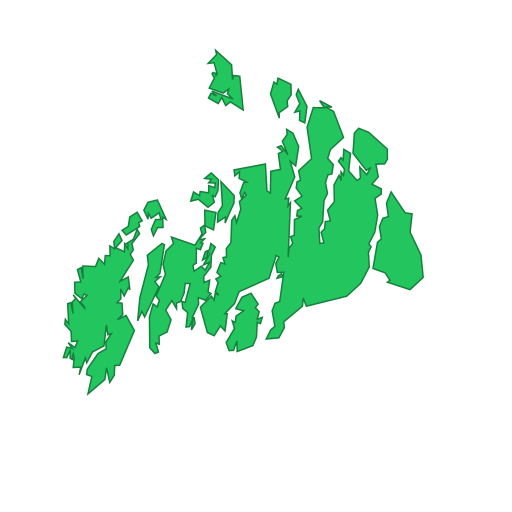 the district of Solund nor, Norway, rotated 18°
{"feature_id": "86288312B33021922891933", "entity_name": "Solund nor", "entity_type": "district", "adm_level": 2, "iso_a3": "NOR", "parent_name": "Norway", "parent_adm1": "", "projection": "mercator", "projection_center": [4.829, 61.105], "detail": "fine", "context": "isolated", "style": "filled", "palette": "green", "viewbox_px": 512, "rotation_deg": 18, "n_neighbors": 0, "source": "geoboundaries", "source_scale": "gbopen_adm2", "svg_char_len": 6131}
<svg xmlns="http://www.w3.org/2000/svg" viewBox="0 0 512 512"><g transform="rotate(18 256 256)"><path d="M268.5,88.6L275.2,93.9L264.6,97.2L264.8,117.8L278.8,146.3L270.2,161.8L274.9,170.2L272.1,172.7L273.2,178.9L281.3,184.9L275.7,191.7L284.8,196.5L281.4,199.9L282.4,205.4L287.3,204.1L281.3,209.5L286.0,224.5L282.9,226.9L287.0,232.6L285.0,238.4L286.9,247.2L272.3,194.6L271.0,198.6L269.3,190.9L266.2,192.7L268.4,168.8L259.3,155.3L265.9,158.1L262.8,138.8L253.2,127.8L246.0,126.1L248.1,130.8L245.6,138.7L255.1,150.0L245.9,143.3L242.7,145.9L249.2,148.0L245.6,151.7L252.5,166.1L243.9,170.8L250.2,191.7L246.3,190.7L236.5,165.6L208.5,180.9L211.1,186.3L214.3,181.0L216.0,187.4L224.4,188.6L221.6,190.0L221.2,200.9L224.6,205.9L225.6,199.1L227.8,201.1L223.4,209.3L227.0,215.9L227.2,230.1L223.4,224.2L221.9,229.6L228.0,251.1L225.5,258.2L228.2,265.9L225.1,267.7L228.9,273.2L224.6,273.1L223.9,283.7L228.8,286.1L224.9,290.2L228.2,292.9L228.3,302.3L232.8,304.7L228.7,304.0L229.8,310.8L226.0,308.0L218.9,321.9L233.4,343.8L240.9,344.7L243.7,333.5L249.7,336.9L246.5,319.8L244.2,320.5L250.2,308.1L251.0,295.1L275.3,273.1L275.1,249.2L278.2,250.0L277.2,257.2L281.3,265.0L287.5,262.9L288.1,266.7L285.6,265.1L283.4,268.0L282.9,270.7L288.2,267.0L292.6,292.0L288.7,295.1L288.3,303.1L295.7,317.1L292.9,321.6L291.4,331.8L303.0,326.8L305.1,315.4L302.7,310.0L315.7,289.4L313.9,281.4L319.4,288.2L354.7,266.2L364.0,249.7L367.1,231.4L361.8,217.8L362.6,211.6L359.5,209.8L361.6,196.8L359.1,179.6L351.4,164.4L356.0,158.4L354.4,153.4L344.1,151.9L347.8,142.9L341.7,131.6L349.8,128.7L351.1,123.4L347.8,113.7L324.9,103.5L314.2,102.8L311.6,108.8L316.5,128.3L334.5,140.5L337.7,136.4L336.3,144.4L327.3,139.5L331.2,149.6L328.8,153.0L317.9,146.5L314.2,129.2L306.6,127.4L309.2,137.9L306.4,136.2L305.1,140.4L313.3,146.0L314.3,152.2L310.9,149.8L313.7,157.9L310.1,153.6L308.2,164.2L313.7,180.1L309.9,190.3L315.9,199.7L311.3,201.8L312.8,209.1L310.6,213.3L316.6,222.6L312.8,224.3L307.2,210.1L308.8,202.9L303.5,182.1L304.7,174.5L299.4,164.7L299.3,156.7L302.8,154.5L301.3,145.3L294.0,140.9L293.9,131.7L302.6,116.2L285.1,94.5L275.9,92.8L282.2,91.0L268.5,88.6ZM134.7,267.3L134.2,278.0L128.5,284.7L130.5,284.4L131.9,288.6L127.4,285.1L129.5,292.7L120.0,291.4L123.8,282.7L118.8,277.2L116.3,286.3L119.4,292.9L113.9,291.6L117.1,300.8L112.5,302.2L114.5,310.7L107.2,306.8L106.6,315.6L94.3,319.1L98.6,331.2L93.3,321.1L90.4,324.1L97.4,334.9L91.6,337.0L95.3,347.4L103.5,350.5L104.2,345.3L107.4,345.8L103.1,353.7L108.8,357.6L109.2,358.8L94.1,349.4L97.6,352.2L95.5,356.5L99.7,367.2L94.3,357.6L91.6,359.5L98.8,378.3L94.3,375.2L95.3,380.1L103.4,384.8L107.0,394.4L112.6,391.9L112.1,399.0L104.2,396.5L110.0,400.8L104.1,401.1L104.2,412.1L107.5,411.1L108.3,402.7L110.9,410.8L114.1,411.2L112.3,408.5L112.4,405.5L114.7,409.2L116.6,418.5L123.7,415.9L124.5,423.6L125.2,405.8L128.0,409.9L130.2,397.8L139.2,388.5L135.0,367.8L139.5,376.7L142.4,374.5L139.7,384.2L142.2,390.5L135.9,397.6L130.5,415.7L131.5,421.1L137.1,421.3L138.8,439.1L150.4,420.3L148.4,408.5L156.0,421.4L158.0,413.2L155.5,403.8L160.1,402.1L163.4,364.5L150.8,352.7L143.8,359.4L147.4,353.0L143.1,342.2L138.3,343.4L140.7,338.4L137.5,329.2L143.0,334.8L144.4,325.5L146.5,327.1L141.0,315.4L134.6,322.0L140.7,297.8L135.9,293.3L137.4,288.0L134.1,282.6L138.4,270.8L134.7,267.3ZM204.5,227.0L193.1,228.2L197.8,242.1L194.5,246.6L197.8,251.7L194.6,264.6L169.7,264.1L173.7,269.6L168.9,279.0L170.2,292.8L175.5,301.3L173.4,324.9L177.8,328.0L177.8,334.9L172.9,333.3L173.5,346.9L183.3,376.1L190.1,380.0L192.9,377.5L187.7,369.7L191.3,369.8L188.5,362.1L194.9,355.8L194.9,342.9L186.9,335.4L189.7,324.4L196.7,330.7L195.0,325.3L198.3,322.7L199.1,313.6L197.1,303.9L201.9,302.6L203.0,322.1L199.6,322.0L202.5,328.5L208.5,331.0L211.4,345.2L214.8,343.6L215.4,334.8L217.4,346.3L219.0,339.3L216.3,333.9L214.4,334.2L216.3,319.5L214.0,313.4L221.4,313.7L224.9,305.7L221.5,305.0L219.4,293.3L214.7,297.4L212.6,291.6L216.5,280.6L213.4,269.1L214.5,260.1L209.2,258.1L209.8,264.6L206.5,267.6L206.4,276.3L209.8,272.6L208.7,266.6L211.2,268.2L208.7,280.8L213.8,276.3L212.0,285.1L207.1,282.6L201.8,289.7L198.9,284.3L201.4,281.3L196.9,267.1L201.2,267.2L201.6,260.3L199.3,260.3L201.8,255.6L196.4,258.1L200.9,249.1L197.9,243.0L207.5,244.3L204.5,227.0ZM364.7,153.3L363.8,165.5L369.7,177.6L365.0,180.9L364.3,190.0L369.9,200.9L367.3,205.4L371.1,231.7L384.0,232.1L390.9,237.7L389.1,240.3L412.9,240.4L421.6,224.7L412.6,204.1L395.2,185.7L391.4,167.6L384.5,168.9L364.7,153.3ZM262.8,293.0L255.4,299.5L253.0,312.4L261.2,311.9L255.6,319.3L256.8,325.7L253.4,325.0L257.9,331.6L254.4,347.5L259.6,354.3L263.8,352.7L264.1,342.8L267.6,352.7L280.7,342.2L281.5,333.1L277.7,318.8L281.1,318.9L280.9,312.4L276.7,315.8L276.3,308.1L271.3,305.3L272.9,301.1L262.8,293.0ZM154.1,72.9L156.3,76.6L151.0,87.6L156.4,85.1L162.7,94.8L162.2,96.7L161.2,94.8L158.5,94.7L157.9,96.2L161.4,99.8L159.6,110.8L174.5,111.2L178.5,105.6L178.7,110.6L185.5,113.8L163.0,112.8L169.0,116.1L162.9,115.1L162.0,120.5L173.0,122.7L174.4,115.8L180.7,122.3L184.1,117.4L198.7,121.1L185.0,90.1L179.2,91.1L179.2,95.5L173.7,81.7L154.1,72.9ZM165.4,273.5L162.7,273.1L152.4,288.9L156.4,297.7L158.4,331.4L163.5,354.3L164.6,344.0L168.9,348.4L173.2,315.4L167.7,311.7L171.4,305.4L167.5,307.2L170.0,302.3L165.4,273.5ZM236.2,81.9L222.0,80.0L222.7,86.3L219.3,85.0L219.7,97.4L235.6,117.7L233.7,112.5L240.0,104.1L237.7,98.8L239.6,91.7L236.2,81.9ZM216.6,205.3L199.7,196.1L208.5,218.5L206.5,226.5L208.9,235.7L215.0,228.3L216.4,234.2L218.6,212.3L216.6,205.3ZM187.8,190.8L183.2,198.1L189.9,196.8L188.3,201.0L194.8,199.2L195.6,203.8L189.3,203.7L191.4,210.6L183.0,211.9L183.7,216.1L176.8,214.4L177.0,224.0L183.6,219.9L195.3,224.5L199.8,217.7L195.8,211.9L198.8,212.3L199.6,205.5L196.8,195.1L187.8,190.8ZM144.9,233.2L136.6,238.3L135.2,247.1L141.9,254.3L140.5,248.7L144.6,252.5L150.6,244.8L154.2,250.6L149.2,252.4L148.2,263.1L152.2,268.5L153.6,259.4L158.8,257.6L155.2,248.0L159.2,248.9L144.9,233.2ZM258.2,97.9L244.7,84.4L244.4,90.2L250.6,97.7L248.5,107.3L252.9,104.4L255.4,113.5L261.3,114.4L258.2,97.9ZM136.9,257.8L129.4,251.1L123.9,257.9L125.4,267.3L120.7,273.0L126.1,276.2L136.3,263.9L134.1,260.4L136.9,257.8Z" fill="#22c55e" stroke="#15803d" stroke-width="1.5"/></g></svg>